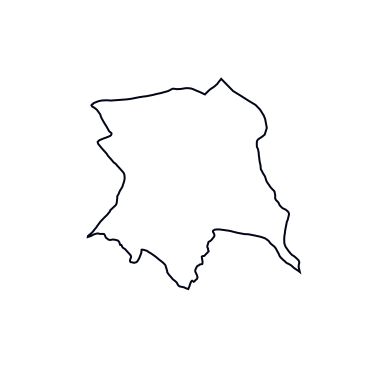 the district of Elabered, Anseba, Eritrea, rotated 46°
{"feature_id": "51966322B85305974839952", "entity_name": "Elabered", "entity_type": "district", "adm_level": 2, "iso_a3": "ERI", "parent_name": "Eritrea", "parent_adm1": "Anseba", "projection": "natural_earth1", "projection_center": [38.593, 15.68], "detail": "fine", "context": "isolated", "style": "outline", "palette": "ink", "viewbox_px": 384, "rotation_deg": 46, "n_neighbors": 0, "source": "geoboundaries", "source_scale": "gbopen_adm2", "svg_char_len": 6085}
<svg xmlns="http://www.w3.org/2000/svg" viewBox="0 0 384 384"><g transform="rotate(46 192 192)"><path d="M324.4,170.0L323.7,169.6L322.9,169.1L319.8,167.2L318.9,166.2L317.4,164.0L317.0,163.6L316.0,163.1L314.8,162.8L314.3,162.8L312.0,162.9L310.5,163.0L308.9,163.2L306.9,163.8L305.8,163.8L304.2,163.8L303.0,163.6L301.9,163.6L298.8,163.1L297.4,162.9L296.3,162.7L294.5,161.9L293.6,161.5L292.7,160.9L292.3,160.6L291.4,159.7L290.3,158.8L289.5,157.9L288.7,157.1L287.3,155.4L286.2,153.9L284.8,152.2L283.5,150.5L282.3,148.7L279.4,144.6L278.4,142.3L276.1,138.7L275.4,137.7L274.8,137.2L274.2,136.9L273.5,136.7L272.7,136.6L271.0,136.7L269.8,136.9L268.8,137.2L267.6,137.7L266.5,138.1L264.1,138.2L263.2,138.2L262.5,138.1L261.1,137.7L260.1,137.3L258.9,137.1L258.2,137.1L257.4,137.2L256.7,137.2L255.6,137.1L255.1,136.9L254.1,136.4L253.5,135.7L251.5,133.9L250.7,133.5L249.5,132.6L248.7,132.3L248.0,132.2L246.4,132.3L243.2,132.2L241.9,132.0L240.0,131.6L238.6,131.5L236.1,130.9L234.9,130.4L231.8,128.8L229.8,128.3L229.1,128.2L228.2,128.0L227.1,127.7L224.6,126.9L223.7,126.8L222.8,126.2L222.3,125.7L221.2,124.9L220.3,124.1L217.9,122.7L216.0,121.4L214.0,119.8L212.9,119.1L212.0,118.4L210.5,117.1L208.9,116.0L207.7,115.2L206.8,114.7L206.3,114.5L204.7,114.0L202.5,112.1L201.2,110.7L200.7,110.2L200.5,109.7L200.3,109.1L200.2,108.5L200.1,108.0L200.2,107.1L200.3,106.3L200.6,104.8L200.9,103.6L201.2,99.8L197.9,93.7L190.5,88.8L187.0,87.3L180.1,85.8L173.5,85.8L166.1,87.8L155.7,90.3L147.9,92.3L130.9,92.4L131.1,93.8L131.2,94.9L131.4,96.5L131.8,98.4L131.8,99.5L131.7,101.9L131.5,103.9L130.9,106.7L130.7,109.2L130.7,112.9L130.8,114.9L129.3,115.5L125.8,116.8L122.2,118.4L119.2,119.6L117.4,120.5L116.3,121.2L115.5,122.0L114.4,122.8L112.8,124.6L111.2,126.9L110.1,128.5L107.7,131.2L106.2,132.5L105.1,133.3L104.6,133.8L104.2,134.3L104.0,135.0L103.6,136.2L103.1,138.1L102.8,139.0L102.4,139.8L100.6,143.1L99.2,145.7L96.5,150.0L95.4,152.1L93.8,154.6L91.6,158.0L90.2,159.9L89.3,161.0L88.2,162.7L87.2,164.0L82.9,170.7L81.4,172.8L79.8,174.9L69.9,186.8L68.1,188.4L66.5,189.9L65.2,191.4L63.9,192.9L62.9,194.2L62.2,195.4L61.5,196.7L61.2,197.4L60.2,199.9L59.8,200.7L59.7,201.1L59.8,201.9L59.9,202.3L59.6,203.1L59.7,204.0L59.9,204.2L61.1,204.4L61.8,204.3L62.7,203.9L63.8,203.7L64.4,203.6L66.7,203.3L69.6,203.7L72.7,204.2L74.5,205.2L75.2,205.4L76.6,205.9L79.2,206.6L82.5,207.4L83.8,207.6L86.6,208.3L89.3,209.0L90.2,209.3L91.0,209.4L92.9,209.1L93.7,209.1L94.3,209.5L94.6,210.2L94.9,210.9L94.8,211.8L94.0,214.1L93.0,216.4L92.1,218.3L91.0,221.2L90.4,222.7L90.4,224.0L90.4,225.0L91.0,225.5L91.9,225.9L92.9,226.2L94.1,226.2L97.5,226.5L105.2,226.8L106.9,227.2L109.2,227.4L110.7,227.4L112.1,227.5L114.4,227.6L116.2,227.8L117.8,227.5L119.2,227.3L120.7,227.5L122.6,227.5L123.6,227.6L124.0,227.5L125.0,227.6L127.6,227.7L130.3,227.8L131.3,228.1L132.3,228.5L133.2,229.1L135.0,230.6L135.5,231.1L135.9,231.6L137.3,233.6L138.1,235.1L138.5,236.0L139.8,238.3L140.5,240.7L140.8,242.1L141.5,244.2L142.3,245.8L143.2,248.8L144.2,249.7L145.6,251.4L147.1,253.2L147.9,254.3L148.5,256.1L148.4,260.6L148.4,263.5L149.1,265.1L149.2,267.0L149.5,268.6L149.5,272.9L149.7,278.4L150.5,283.2L151.0,285.6L151.3,288.3L151.7,290.9L151.7,293.6L151.4,297.4L152.0,298.2L153.4,295.3L154.1,292.9L154.7,291.2L155.9,289.2L156.4,288.5L158.3,287.3L160.7,284.8L160.9,284.6L161.3,284.5L161.7,284.5L162.8,284.8L164.3,285.4L165.1,285.6L165.6,285.6L166.4,285.4L167.4,285.3L167.8,285.3L168.7,284.9L169.2,284.6L169.5,284.3L170.1,283.6L170.6,282.8L171.0,282.2L171.7,281.5L172.3,281.0L174.7,279.4L175.1,279.2L176.0,279.0L176.3,279.0L177.6,279.2L178.1,279.4L178.6,279.6L179.9,280.4L180.2,280.4L180.4,280.3L180.7,279.8L181.0,279.6L181.3,279.6L182.7,280.2L183.2,280.3L184.0,280.4L185.6,280.1L186.7,279.8L187.1,279.8L188.6,279.9L192.4,280.0L193.7,280.0L195.1,280.2L195.4,280.3L195.9,280.5L196.4,281.0L196.8,281.6L197.7,283.5L198.1,284.1L198.3,284.3L198.7,284.6L199.1,284.8L199.7,284.8L200.0,284.8L200.8,284.0L202.3,283.2L202.6,282.9L202.9,282.6L203.2,282.0L203.8,280.8L203.9,280.4L203.9,279.7L203.7,278.6L203.3,277.1L203.1,276.3L201.1,271.9L200.5,270.7L199.4,269.4L198.5,268.4L198.9,267.8L199.4,267.4L200.6,266.6L203.0,265.3L204.6,265.0L208.4,264.0L211.0,263.5L213.9,263.0L217.8,262.6L222.1,262.0L223.7,261.9L225.2,261.9L226.0,262.0L226.9,262.3L228.3,263.2L228.7,263.3L229.0,263.3L229.3,263.6L231.3,264.6L232.7,265.6L234.5,265.9L236.1,266.1L239.0,266.2L240.7,266.4L242.5,266.3L244.2,266.0L246.7,265.9L248.4,266.5L249.7,266.7L251.1,266.6L255.3,263.8L256.7,263.4L258.8,262.3L259.2,262.1L258.3,259.9L257.1,257.6L256.4,256.3L256.1,255.5L255.8,254.4L255.8,253.7L256.1,253.4L257.1,253.3L257.5,253.1L257.8,253.1L258.0,252.2L257.8,250.8L258.0,249.0L257.8,248.4L257.3,247.5L257.1,247.2L255.9,246.6L255.1,246.1L254.2,245.9L253.2,245.5L252.2,245.2L251.4,244.8L251.1,244.6L250.8,244.3L250.5,243.9L250.2,243.4L249.7,242.2L249.3,241.1L249.0,240.0L249.0,239.3L249.1,238.9L249.4,238.3L249.5,237.9L249.5,237.0L249.7,236.6L250.7,235.0L250.9,234.6L250.3,233.7L249.7,233.1L249.2,232.6L246.3,230.7L245.6,230.1L245.3,229.8L245.3,229.6L245.4,229.2L245.5,228.9L246.4,227.7L246.5,227.2L246.4,225.5L246.4,224.0L246.4,223.7L246.3,223.1L246.3,221.7L246.2,221.2L245.9,221.0L244.8,220.6L243.8,219.7L243.5,219.6L242.8,219.5L242.4,219.3L241.8,218.8L241.4,218.4L241.1,217.9L240.8,217.1L239.7,215.4L239.6,215.1L239.5,214.8L239.5,214.4L240.0,212.5L240.0,211.7L239.9,210.2L239.6,208.3L239.5,207.4L239.3,206.8L239.1,206.4L238.8,206.0L238.4,205.7L236.8,204.9L235.5,204.7L235.1,204.5L234.9,204.3L234.6,203.9L234.5,203.6L234.7,202.5L235.1,201.5L235.9,200.5L237.6,198.6L239.2,197.3L244.9,192.8L246.7,191.5L252.4,188.0L258.6,183.6L260.1,182.2L261.3,181.0L267.4,176.7L268.6,176.0L270.4,174.7L272.3,173.6L274.1,172.6L276.1,171.6L279.9,170.9L281.1,170.9L283.0,171.2L284.1,171.2L286.3,171.0L287.2,170.8L288.6,170.7L289.7,170.8L291.1,171.0L294.2,171.9L295.3,172.2L296.5,172.5L298.8,173.4L299.9,173.6L301.4,173.7L302.1,173.6L304.0,173.6L306.3,173.3L307.6,173.4L309.2,173.1L309.9,172.8L310.8,172.5L311.9,172.1L312.8,171.9L313.9,171.6L317.5,171.4L320.7,170.7L323.0,170.2L324.4,170.0Z" fill="none" stroke="#020617" stroke-width="2"/></g></svg>